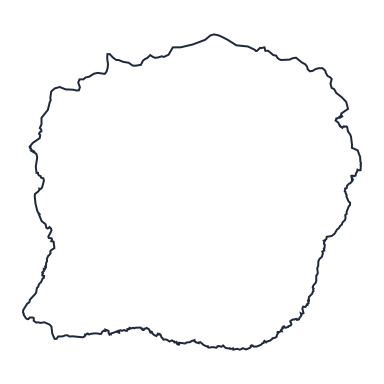 outline of Gaua, Torba, Vanuatu
{"feature_id": "77236927B45015777626882", "entity_name": "Gaua", "entity_type": "district", "adm_level": 2, "iso_a3": "VUT", "parent_name": "Vanuatu", "parent_adm1": "Torba", "projection": "orthographic", "projection_center": [167.515, -14.284], "detail": "fine", "context": "isolated", "style": "outline", "palette": "slate", "viewbox_px": 384, "rotation_deg": 0, "n_neighbors": 0, "source": "geoboundaries", "source_scale": "gbopen_adm2", "svg_char_len": 5889}
<svg xmlns="http://www.w3.org/2000/svg" viewBox="0 0 384 384"><path d="M236.3,45.3L227.7,39.8L221.6,36.7L218.4,35.3L213.9,34.4L210.3,35.5L205.2,39.8L192.6,44.5L180.7,47.3L172.8,47.4L168.6,54.7L163.9,56.9L161.6,56.3L158.0,57.5L154.9,57.8L152.7,56.8L150.3,55.1L147.0,58.2L145.4,58.8L143.0,60.6L140.8,64.9L135.3,65.7L132.7,65.6L128.7,62.8L123.1,61.8L118.5,60.0L116.3,60.0L113.1,57.7L109.7,54.1L107.4,54.1L107.2,58.4L108.0,64.5L107.6,68.1L106.6,71.5L104.8,73.9L97.8,72.9L93.9,73.7L89.2,76.7L85.5,77.5L83.5,79.3L79.5,79.4L78.2,82.6L79.9,87.2L78.9,90.3L76.5,90.5L73.0,89.7L65.7,89.4L59.7,87.0L54.8,88.4L51.3,91.4L50.3,97.6L50.7,100.2L49.6,102.7L47.9,109.8L41.5,117.9L41.5,124.3L39.8,128.1L41.2,129.5L41.4,131.3L40.0,132.1L39.0,133.8L40.2,135.2L39.7,138.1L32.8,142.9L29.8,146.6L30.2,146.8L29.8,147.2L30.4,148.6L30.9,148.5L31.6,150.0L33.1,150.9L31.8,151.1L36.3,153.8L37.0,156.2L37.2,157.4L35.8,166.6L36.5,172.9L38.0,172.9L38.2,174.4L38.8,175.3L40.7,176.2L40.9,177.5L43.4,178.3L43.9,180.8L42.1,187.4L41.2,188.6L40.3,189.0L39.3,188.7L39.5,189.8L38.0,191.7L35.0,193.9L34.7,196.2L35.5,203.7L37.3,210.9L38.5,213.4L39.0,213.4L39.7,214.3L39.2,215.1L41.7,221.2L45.5,224.1L46.4,227.8L47.4,228.5L48.7,228.0L49.5,227.1L51.1,228.6L51.5,230.2L51.0,231.6L48.3,236.7L48.8,238.0L51.5,238.3L52.0,239.4L51.3,241.2L53.6,241.6L54.4,248.1L51.0,250.3L50.3,251.4L50.6,253.0L49.3,255.1L48.3,255.7L46.9,258.8L47.0,261.4L46.2,262.6L46.0,265.3L45.2,266.4L46.0,267.0L45.9,267.6L45.0,268.3L44.8,269.5L44.2,269.9L43.8,269.5L43.8,271.1L42.3,272.4L43.0,273.3L42.2,274.6L42.4,275.6L44.1,275.9L43.8,277.9L42.6,278.5L41.2,281.9L38.7,284.6L38.4,286.5L36.9,288.1L36.2,292.3L35.4,293.8L29.9,299.7L29.4,302.2L27.2,303.7L23.2,310.1L23.0,312.5L23.7,313.4L23.6,314.6L26.1,318.4L27.5,319.2L28.5,319.0L29.7,317.5L32.8,317.5L33.6,317.9L33.8,318.8L33.7,320.8L36.2,322.5L38.8,322.4L40.3,322.9L44.4,322.3L49.6,324.6L51.4,326.5L52.3,333.7L54.6,338.9L56.5,338.9L58.1,336.5L62.6,336.4L65.5,335.3L67.8,335.4L69.3,336.5L72.7,336.3L82.8,337.3L84.8,336.3L85.0,334.8L85.5,335.0L86.8,333.7L87.8,333.5L88.2,334.3L89.3,334.4L90.4,333.9L94.3,333.4L96.8,333.4L100.0,334.0L101.2,333.8L102.3,331.7L103.6,330.7L105.4,331.0L105.3,329.6L108.3,330.7L108.7,331.2L108.5,332.7L109.5,334.6L110.0,334.1L110.8,334.3L110.7,333.6L116.5,331.7L119.2,332.7L119.2,331.5L118.2,330.9L120.5,330.2L121.9,330.8L124.4,330.0L125.5,330.7L127.0,330.8L127.4,329.7L128.5,329.3L128.0,329.0L129.4,328.5L129.6,327.8L131.2,328.4L133.1,327.8L134.4,328.3L135.7,327.7L140.6,327.6L141.0,328.3L141.9,328.5L142.0,329.3L142.8,329.4L143.0,330.0L143.7,330.0L144.3,328.7L145.5,328.7L146.5,327.9L148.9,329.2L150.4,332.6L151.3,332.7L151.2,331.6L151.8,331.8L152.7,333.8L154.4,335.2L156.4,336.0L157.9,333.7L158.7,334.5L159.6,334.0L159.9,334.7L160.6,334.8L161.6,337.6L162.5,338.1L163.3,339.6L165.1,339.4L167.2,339.9L169.5,341.5L172.0,340.4L173.5,341.4L174.2,341.4L174.4,342.4L174.8,342.6L176.5,341.9L177.2,344.1L178.4,344.7L179.1,344.5L178.7,343.0L179.0,342.7L185.2,343.5L186.5,342.5L190.2,342.1L191.2,341.2L194.4,340.1L194.5,341.4L195.3,341.4L196.0,342.4L198.7,343.1L198.7,342.5L200.4,342.2L203.5,344.9L206.5,346.4L207.8,346.2L208.2,347.4L209.0,347.6L212.8,347.1L216.2,347.7L217.5,346.8L217.5,346.3L218.9,346.0L221.3,346.8L223.2,345.5L224.8,347.3L226.3,348.1L229.1,348.5L229.7,348.2L230.1,348.8L231.2,348.9L233.1,348.4L233.3,349.6L237.3,348.8L239.4,349.6L240.9,349.3L242.8,348.2L246.0,349.4L249.7,348.0L251.3,346.4L250.8,345.9L251.4,345.3L252.6,345.5L253.6,346.6L256.8,346.5L259.8,345.3L261.3,344.6L261.9,343.6L263.6,343.0L263.8,341.7L264.5,340.9L266.1,342.4L267.0,341.5L269.9,340.7L272.3,338.9L272.5,338.2L275.1,337.7L276.6,336.8L276.9,335.1L278.0,333.2L277.5,332.5L277.7,332.0L279.3,332.2L280.8,331.0L281.8,331.2L281.2,329.7L282.8,328.4L282.4,327.5L283.3,326.5L284.2,326.4L285.2,327.8L288.1,327.0L288.3,326.3L290.8,325.4L291.4,324.2L290.2,321.3L291.6,320.2L293.0,319.4L294.2,319.6L296.0,318.8L296.8,318.9L297.1,319.9L299.0,319.4L299.6,317.6L301.1,316.0L301.4,315.2L300.9,313.4L301.8,313.9L303.5,313.1L302.4,308.7L302.8,307.3L303.2,306.6L304.7,307.0L305.6,306.8L306.8,304.7L307.5,304.9L307.5,303.8L308.5,303.3L308.2,301.4L308.8,301.3L308.9,300.6L308.2,300.3L309.0,299.4L308.7,298.4L309.0,296.9L312.2,293.7L312.8,291.7L313.5,291.2L313.1,289.3L313.6,288.7L312.7,287.4L313.4,285.4L315.6,282.9L316.3,280.6L316.2,275.9L317.6,273.8L317.8,272.6L317.2,268.4L318.2,265.9L318.4,261.1L319.5,258.9L321.9,256.8L322.9,253.1L322.3,251.5L324.4,250.5L323.8,248.5L324.5,248.0L324.8,244.7L324.0,243.8L324.1,242.2L324.8,241.1L324.0,240.7L326.4,239.0L326.7,236.8L331.7,236.0L334.5,233.8L337.0,229.6L338.9,228.1L340.1,226.0L341.8,224.6L342.6,222.3L345.1,219.9L345.5,217.9L345.3,215.0L346.6,214.0L346.7,211.6L347.5,209.5L348.8,206.3L350.0,205.0L350.1,202.7L348.5,201.3L346.4,196.4L346.7,195.3L345.5,192.8L345.6,192.0L344.7,191.1L345.3,189.5L345.1,188.6L346.8,187.9L347.1,185.6L349.1,183.7L350.4,183.1L352.5,180.7L351.9,180.2L351.9,179.3L352.7,179.1L352.2,177.8L351.6,177.7L351.3,175.9L351.9,175.6L354.3,176.1L355.6,175.6L355.8,173.8L357.1,171.5L357.5,169.7L358.7,170.3L360.5,170.2L360.9,165.3L360.5,164.9L361.0,163.1L360.4,161.7L360.1,156.9L357.6,150.3L351.9,147.8L352.0,144.6L351.0,136.8L350.2,134.6L347.9,131.2L347.2,127.1L346.3,126.4L344.7,126.7L344.0,126.3L343.7,126.8L342.4,127.0L342.3,127.7L340.0,126.3L340.2,125.5L339.4,125.1L338.4,122.7L335.6,120.6L336.4,118.4L337.4,118.5L340.3,116.2L340.3,117.5L342.2,116.4L341.1,114.8L341.3,113.5L348.0,108.9L346.2,101.9L341.7,97.2L336.3,93.0L334.2,89.2L331.6,87.9L330.5,83.7L331.7,79.0L330.4,77.5L327.5,75.9L325.8,72.8L325.2,70.6L322.5,68.2L318.5,68.2L315.3,69.2L312.6,70.9L309.9,71.3L307.8,69.4L307.1,66.7L305.4,64.4L301.6,62.3L296.0,57.7L292.6,58.2L289.7,59.6L281.1,60.0L279.1,59.2L277.4,57.8L276.1,55.6L273.3,55.1L268.2,50.8L265.3,50.8L264.5,47.4L260.7,48.1L260.0,47.9L257.1,50.8L255.9,51.0L254.8,49.8L247.9,46.5L236.3,45.3Z" fill="none" stroke="#1e293b" stroke-width="2"/></svg>